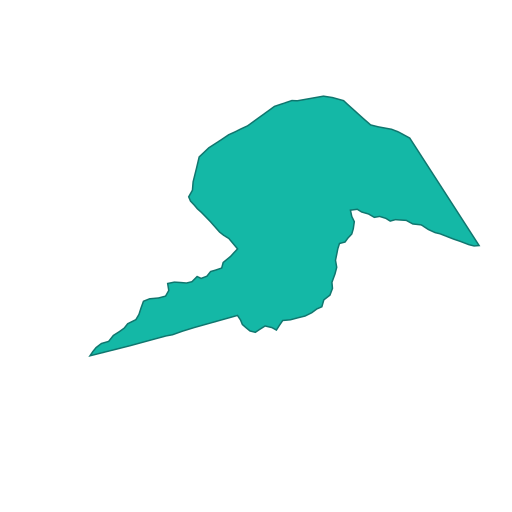 outline of Volta Redonda, Rio de Janeiro, Brazil, rotated 56°
{"feature_id": "56859067B42382109860230", "entity_name": "Volta Redonda", "entity_type": "district", "adm_level": 2, "iso_a3": "BRA", "parent_name": "Brazil", "parent_adm1": "Rio de Janeiro", "projection": "orthographic", "projection_center": [-44.078, -22.523], "detail": "fine", "context": "isolated", "style": "filled", "palette": "teal", "viewbox_px": 512, "rotation_deg": 56, "n_neighbors": 0, "source": "geoboundaries", "source_scale": "gbopen_adm2", "svg_char_len": 1700}
<svg xmlns="http://www.w3.org/2000/svg" viewBox="0 0 512 512"><g transform="rotate(56 256 256)"><path d="M372.1,65.2L358.2,64.9L244.2,62.6L232.9,68.5L226.8,72.7L217.2,82.5L211.4,87.7L200.8,90.5L181.1,95.4L176.2,96.5L167.4,104.0L161.2,110.7L150.4,135.0L147.2,139.3L142.3,157.0L143.0,178.8L143.4,190.2L142.2,197.5L141.3,204.5L140.2,210.7L140.2,220.0L139.9,234.5L142.1,247.7L150.2,256.5L159.3,266.6L165.9,271.9L169.3,278.7L173.9,279.6L179.2,278.7L184.1,278.2L189.2,276.9L194.6,275.9L201.9,274.6L215.8,272.8L220.8,271.2L226.3,268.7L239.8,267.3L240.9,272.3L242.1,277.2L243.0,286.8L246.8,291.2L245.0,297.7L243.5,302.3L245.3,308.0L243.9,314.0L240.1,316.3L241.5,323.5L239.5,328.8L236.0,333.1L232.0,338.3L229.4,344.6L235.8,347.6L238.7,353.4L236.3,360.3L232.0,368.1L230.6,374.6L234.9,380.5L239.0,385.7L241.6,391.2L240.4,400.2L242.1,405.6L242.3,411.4L242.1,418.7L244.4,425.9L242.1,433.1L242.5,439.8L244.0,444.7L245.9,449.4L260.0,410.4L268.1,386.5L271.9,375.4L274.6,369.2L277.2,359.0L280.8,347.1L294.9,304.6L300.4,304.6L305.2,305.6L309.7,304.4L314.8,302.9L318.9,299.2L318.9,294.2L319.1,287.6L324.3,282.8L328.8,280.5L326.5,275.2L324.4,269.9L328.1,263.2L330.8,255.4L333.2,248.9L334.2,241.5L333.9,235.2L334.9,229.8L330.3,224.3L329.8,216.6L325.6,210.7L320.3,207.8L315.0,200.5L310.5,195.4L304.0,192.5L299.0,187.4L295.7,184.1L292.3,179.8L294.2,174.4L292.5,169.7L291.3,164.3L287.8,160.1L282.5,155.3L276.8,154.5L270.8,152.1L273.9,145.9L278.6,143.8L284.1,139.2L290.1,136.3L292.3,131.4L297.4,127.3L302.1,125.2L303.8,120.1L306.7,116.4L310.5,111.5L317.1,108.1L322.6,101.6L330.4,98.3L336.8,94.4L340.5,91.0L352.4,82.8L357.9,78.6L365.6,73.2L369.6,69.6L372.1,65.2Z" fill="#14b8a6" stroke="#0f766e" stroke-width="1.5"/></g></svg>